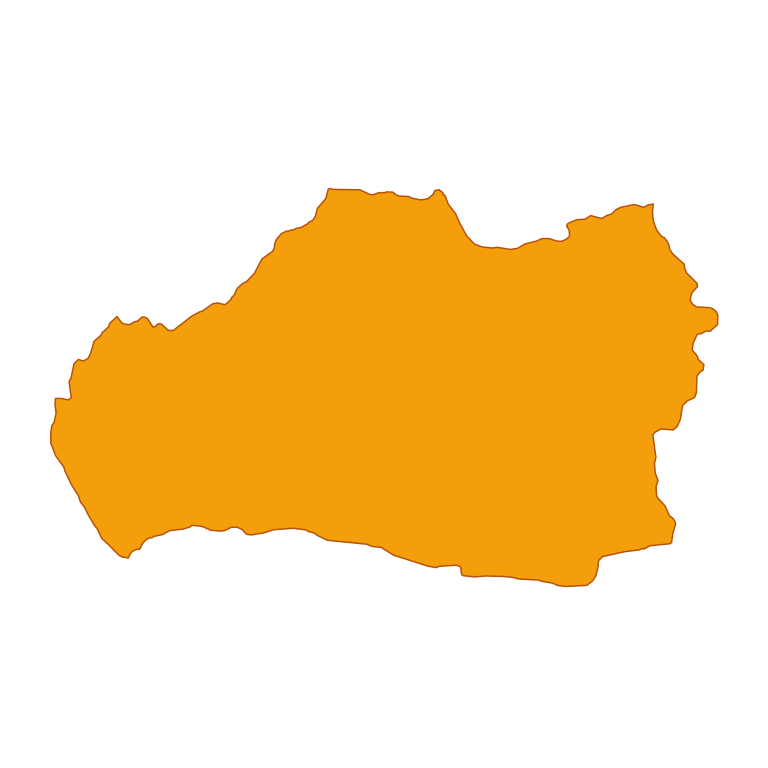 the district of San Pedro Pinula, Jalapa, Guatemala, rotated 272°
{"feature_id": "79465075B26197491104474", "entity_name": "San Pedro Pinula", "entity_type": "district", "adm_level": 2, "iso_a3": "GTM", "parent_name": "Guatemala", "parent_adm1": "Jalapa", "projection": "orthographic", "projection_center": [-89.845, 14.713], "detail": "fine", "context": "isolated", "style": "filled", "palette": "amber", "viewbox_px": 768, "rotation_deg": 272, "n_neighbors": 0, "source": "geoboundaries", "source_scale": "gbopen_adm2", "svg_char_len": 3430}
<svg xmlns="http://www.w3.org/2000/svg" viewBox="0 0 768 768"><g transform="rotate(272 384 384)"><path d="M358.1,56.2L352.6,55.9L343.3,57.3L334.0,55.6L331.0,53.6L324.3,52.7L313.2,53.1L300.8,58.4L289.5,67.1L286.2,68.0L272.7,75.0L261.3,82.7L255.8,84.5L250.7,88.8L241.6,93.7L231.6,100.3L229.2,102.6L219.8,107.3L214.9,113.1L203.6,125.1L202.0,128.1L201.2,134.4L206.6,137.0L209.4,140.8L210.2,143.4L210.2,145.0L211.1,146.1L215.6,147.8L219.9,151.4L221.9,154.6L222.4,157.8L223.7,159.2L224.1,161.1L224.5,163.1L225.8,167.8L230.0,175.0L232.0,188.3L234.1,194.5L236.0,197.2L235.6,205.5L234.4,210.2L233.2,211.6L233.3,213.2L231.8,215.5L231.3,226.1L232.2,230.5L235.5,236.5L235.8,242.1L233.7,247.1L229.1,251.8L228.5,256.2L231.1,269.4L234.5,278.8L236.7,298.5L235.4,311.4L234.1,313.1L232.7,319.0L230.1,323.2L225.8,333.2L223.3,372.4L221.3,377.4L220.6,386.9L213.2,399.7L203.5,434.2L202.3,442.5L203.8,445.9L205.4,462.6L204.5,465.7L203.6,467.1L196.5,468.1L195.2,469.9L194.4,481.0L195.7,492.6L195.8,509.9L195.3,518.9L193.9,524.9L193.4,546.2L192.5,547.5L190.9,559.2L188.7,564.8L188.0,572.6L189.8,593.7L194.7,599.5L199.4,602.3L207.4,604.1L215.2,604.7L219.2,608.5L224.8,630.3L227.2,645.2L228.4,646.6L228.1,649.4L231.6,655.4L234.3,675.2L235.5,676.9L244.9,677.9L253.9,680.3L256.6,679.7L259.4,677.8L262.5,673.7L271.8,669.3L279.8,661.4L282.8,660.2L291.1,659.5L297.0,661.2L304.8,658.1L314.2,657.1L320.1,658.3L342.4,654.5L345.1,656.2L348.7,662.5L348.2,674.7L351.5,678.4L359.0,681.4L372.8,683.1L377.7,687.6L381.3,694.8L386.3,696.5L403.0,696.5L407.0,699.4L409.3,702.5L414.6,703.0L419.6,697.1L422.7,696.2L428.9,690.8L436.1,691.7L444.6,695.3L445.6,699.5L448.1,703.9L448.3,708.3L454.9,715.2L464.2,715.3L468.0,713.4L470.6,710.0L471.7,706.5L471.9,693.6L475.0,689.1L478.4,687.1L482.8,687.7L486.4,688.8L492.1,693.8L495.4,693.5L505.5,682.6L510.4,680.4L514.2,679.9L523.9,668.1L528.9,664.6L532.7,664.0L536.5,662.0L540.2,658.9L540.4,657.3L543.0,654.5L547.6,651.0L556.0,647.6L564.8,646.3L573.2,646.8L572.2,641.5L570.8,639.9L569.8,636.6L572.2,627.8L568.7,614.1L566.2,609.6L561.8,605.4L560.2,600.8L556.9,595.9L559.5,584.7L555.7,579.1L554.9,570.9L551.4,563.2L550.0,561.4L547.8,561.2L544.1,563.7L538.1,564.3L535.3,561.5L532.8,556.7L532.9,551.7L535.1,543.8L534.8,536.6L532.3,531.8L528.8,519.8L524.3,512.8L522.9,505.7L524.6,491.9L523.7,487.8L524.3,477.7L527.0,469.4L534.9,461.5L548.8,453.3L556.9,449.5L565.5,442.2L574.9,438.2L575.3,436.6L577.3,436.0L580.0,432.5L579.2,428.2L574.9,426.2L570.7,421.3L569.3,414.8L570.6,405.4L572.2,402.6L572.4,392.5L573.5,389.3L576.0,386.3L576.1,379.6L575.3,378.5L575.0,372.0L572.6,366.2L573.3,362.3L577.2,353.3L576.7,326.4L577.5,323.2L576.9,321.5L567.4,319.4L557.2,311.3L549.7,309.7L545.0,307.0L543.1,303.4L541.3,301.9L537.5,295.5L536.4,290.4L535.2,289.2L534.4,284.8L533.4,283.5L533.4,281.2L530.7,276.2L524.6,271.4L519.9,269.8L516.0,269.6L512.7,267.9L504.5,257.5L490.2,250.7L481.8,243.3L479.1,238.8L474.5,234.0L467.4,231.0L465.0,228.6L463.0,228.0L457.7,222.3L459.2,214.9L458.2,210.0L450.4,199.8L449.9,197.7L445.3,189.7L430.0,171.3L430.3,166.3L436.2,159.3L436.4,156.4L433.1,152.7L433.0,151.1L441.0,145.4L442.5,142.6L442.4,139.8L438.2,135.3L437.3,132.1L434.4,127.7L434.9,122.1L436.4,119.4L442.0,114.8L435.3,107.9L431.2,106.5L425.4,100.5L423.0,99.6L416.5,92.7L405.2,90.0L399.3,87.4L396.5,82.7L397.8,77.6L393.5,73.5L378.2,70.9L377.1,69.7L374.9,69.3L359.3,71.9L357.0,68.8L358.3,62.3L358.1,56.2Z" fill="#f59e0b" stroke="#b45309" stroke-width="1.5"/></g></svg>